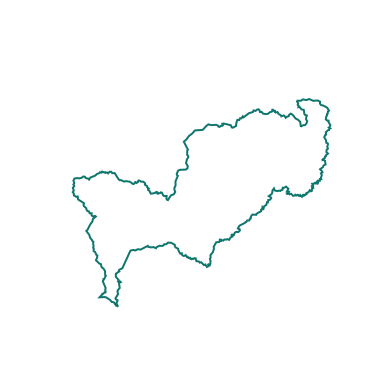 Ourilândia do Norte, Pará, Brazil (orthographic projection), rotated 204°
{"feature_id": "56859067B25768757829086", "entity_name": "Ourilândia do Norte", "entity_type": "district", "adm_level": 2, "iso_a3": "BRA", "parent_name": "Brazil", "parent_adm1": "Pará", "projection": "orthographic", "projection_center": [-51.403, -7.454], "detail": "fine", "context": "isolated", "style": "outline", "palette": "teal", "viewbox_px": 384, "rotation_deg": 204, "n_neighbors": 0, "source": "geoboundaries", "source_scale": "gbopen_adm2", "svg_char_len": 6029}
<svg xmlns="http://www.w3.org/2000/svg" viewBox="0 0 384 384"><g transform="rotate(204 192 192)"><path d="M233.6,58.2L228.9,60.6L227.2,60.8L222.9,60.1L220.6,58.9L218.6,59.5L215.2,57.4L213.7,57.3L213.5,57.7L215.8,59.7L215.9,62.8L217.9,63.0L218.7,63.8L218.0,68.8L219.1,69.9L219.9,71.8L219.0,74.9L221.7,79.2L220.4,80.7L221.6,81.1L223.2,80.4L223.3,81.8L227.1,83.6L228.3,86.3L226.2,89.8L226.8,90.0L226.8,91.4L224.6,94.0L224.4,113.5L221.8,115.3L220.0,115.5L218.2,117.7L215.5,118.5L210.5,124.8L209.8,124.1L207.0,124.7L204.7,126.0L202.0,126.0L201.9,127.2L200.9,128.5L199.6,129.8L197.2,130.6L196.2,131.9L196.2,132.9L194.3,133.8L193.3,136.0L190.5,137.1L186.3,136.8L185.7,135.6L184.3,134.7L181.6,134.5L180.9,133.4L177.9,131.0L176.3,131.8L176.0,130.7L174.0,130.1L172.8,130.7L172.2,131.8L170.2,130.5L169.6,131.1L168.5,130.3L167.1,131.1L166.5,130.4L165.2,130.4L164.9,131.2L163.7,131.2L162.9,132.5L161.7,132.9L159.9,130.6L157.5,131.3L156.2,130.6L155.1,131.6L151.5,130.1L150.5,131.0L150.3,130.5L149.4,130.6L147.9,129.6L146.4,131.5L147.7,132.3L147.5,132.7L145.9,133.1L146.8,136.2L148.4,138.2L148.3,139.7L149.5,141.8L148.5,145.3L148.8,148.8L149.9,150.8L149.4,155.9L146.8,157.4L146.8,158.4L146.0,158.8L147.2,159.7L147.1,160.1L143.7,160.3L143.1,161.8L141.2,162.5L140.4,163.4L138.6,163.4L138.3,166.1L136.9,167.8L136.9,168.3L138.2,168.4L138.4,168.9L138.1,169.4L136.2,170.0L136.4,172.1L135.4,173.6L133.4,174.2L132.6,176.4L133.4,177.4L134.3,177.1L135.3,177.5L134.9,180.6L131.1,185.3L130.9,186.3L130.2,186.7L130.0,188.5L128.1,189.3L128.2,191.4L127.6,191.8L128.2,193.6L127.7,195.9L124.1,197.3L124.3,197.9L123.6,199.3L121.1,202.4L121.7,204.0L121.0,205.2L121.4,206.6L120.2,205.9L120.1,205.1L119.8,205.3L120.3,208.2L118.9,210.4L119.3,213.2L118.4,213.4L118.4,213.8L119.1,215.7L117.7,216.5L117.1,218.5L117.8,219.2L120.2,219.5L118.4,222.5L118.5,224.7L119.1,225.8L118.6,228.6L117.0,227.1L114.4,227.5L113.0,228.7L111.7,228.9L111.2,230.2L110.3,230.7L110.8,232.8L109.8,233.0L108.3,235.2L105.2,234.1L105.5,231.4L103.5,231.7L103.4,230.5L104.9,229.4L104.3,228.9L102.6,230.0L101.9,229.6L100.9,230.7L98.0,229.6L96.3,230.9L96.4,231.5L95.0,231.3L94.4,232.4L93.4,232.5L92.9,232.0L91.8,232.0L91.3,232.3L91.5,233.1L89.6,232.4L89.5,233.6L88.9,233.8L89.2,234.7L88.5,235.1L87.9,234.7L86.5,236.7L87.1,237.3L85.4,239.5L85.1,241.6L83.5,241.1L83.0,241.7L83.7,244.1L83.1,244.6L84.2,245.2L83.6,245.8L84.7,246.4L84.0,247.1L85.5,248.4L83.5,249.6L83.4,250.2L82.8,250.1L82.2,251.8L81.5,250.5L80.7,250.6L80.6,252.3L81.3,253.6L79.8,254.3L80.5,255.7L79.1,256.3L80.0,257.4L80.3,260.3L81.8,261.5L80.8,263.0L81.6,263.8L84.3,264.9L82.5,267.9L82.6,269.7L81.2,271.5L83.2,274.6L84.6,274.8L85.7,274.2L86.0,274.6L84.5,277.3L84.8,278.2L84.2,279.2L84.7,279.8L83.4,282.4L85.5,283.1L86.2,285.5L85.4,286.8L86.9,288.5L87.2,291.1L87.9,291.7L89.3,291.6L90.7,293.8L93.5,295.9L93.5,298.3L92.8,299.0L94.1,301.0L92.8,303.9L92.0,304.4L92.2,305.7L91.7,306.3L93.2,306.5L92.7,307.5L92.8,309.3L95.5,311.3L96.3,312.7L97.2,312.2L99.3,312.8L100.1,315.7L99.8,316.9L100.4,318.0L99.9,318.7L100.6,320.9L99.9,322.0L102.8,324.0L107.0,324.4L109.4,323.9L111.1,324.8L111.7,326.6L114.5,326.7L118.3,324.6L122.8,324.6L124.9,322.5L128.4,321.7L129.6,319.7L132.8,318.3L132.8,317.3L131.1,316.3L130.9,314.6L129.5,313.9L129.3,312.8L128.4,313.5L125.6,312.0L123.3,312.5L121.0,308.9L119.9,308.4L118.2,308.6L117.9,306.0L117.2,304.7L115.6,303.6L115.3,301.0L116.1,298.9L117.4,298.4L118.8,296.5L119.4,296.4L121.7,300.1L124.6,301.1L127.3,301.3L131.1,303.3L133.6,303.8L134.6,302.2L134.5,300.6L136.0,299.3L136.6,297.9L138.6,299.2L139.5,299.1L141.2,297.5L141.7,298.1L144.8,298.6L146.4,299.8L147.9,298.6L148.8,298.8L149.2,299.9L150.7,299.5L151.5,300.1L152.1,299.8L151.4,298.3L151.8,297.9L153.4,296.4L154.5,294.2L156.4,293.1L159.1,292.5L160.9,293.5L162.4,292.7L163.6,294.2L165.0,294.6L166.3,293.4L166.9,291.9L168.9,291.6L168.9,289.8L172.1,287.1L175.2,281.2L175.5,281.0L176.4,281.7L176.9,279.3L178.1,278.9L178.1,277.0L179.9,276.3L179.5,272.6L178.6,270.3L180.9,267.3L181.9,267.2L183.8,268.8L191.0,267.4L192.0,266.7L190.9,265.4L191.1,264.9L192.1,264.6L193.3,262.7L194.4,262.5L194.7,263.1L197.2,263.2L201.6,260.9L204.4,260.5L205.8,258.2L207.4,253.2L214.4,249.4L215.6,245.4L217.5,242.1L218.5,237.7L219.9,234.6L212.9,229.0L213.2,227.9L211.5,223.9L210.4,223.5L209.5,222.3L209.9,219.8L209.2,216.0L206.3,213.8L205.8,211.8L206.6,210.1L212.3,207.2L213.4,205.7L213.3,202.3L212.8,201.5L211.5,201.0L211.4,195.0L209.6,191.1L209.8,188.5L208.7,186.5L207.3,185.2L207.8,182.3L209.6,180.8L210.1,179.3L210.7,174.8L211.9,174.8L212.7,175.6L213.6,178.1L215.9,176.9L217.2,177.4L219.2,179.1L220.2,179.1L220.7,178.0L222.7,176.5L223.4,176.6L223.3,177.6L224.3,177.7L226.5,175.2L229.0,173.7L231.5,175.8L232.9,176.0L233.4,177.0L233.0,177.6L234.7,178.0L235.3,179.1L238.0,179.5L238.4,180.9L240.6,181.6L242.9,180.7L244.2,181.1L245.6,180.7L245.5,178.9L246.5,177.6L247.6,178.2L247.9,177.9L248.2,176.0L249.1,175.3L252.8,176.1L256.4,175.2L258.4,173.9L261.7,174.0L262.7,173.4L264.3,173.8L270.3,177.8L272.6,176.8L274.0,177.6L275.5,177.0L276.2,174.9L277.2,175.3L279.1,174.8L279.0,174.3L282.5,174.0L282.5,172.9L284.1,172.7L284.3,171.6L286.2,169.7L287.0,167.7L290.7,163.9L291.1,161.5L292.1,162.0L294.7,161.5L296.0,162.4L297.7,161.9L298.5,160.2L300.5,158.6L302.1,158.2L304.9,156.5L304.9,154.1L303.1,152.1L303.4,150.6L301.9,149.5L302.6,147.4L300.6,145.3L300.9,143.4L299.4,142.6L298.5,140.9L295.7,140.5L294.6,141.4L293.0,138.9L286.1,137.8L285.7,135.8L284.9,135.1L282.1,134.2L281.0,132.8L279.8,132.1L278.3,132.4L276.9,131.0L275.0,131.7L274.7,130.5L273.9,129.7L272.6,129.4L270.8,130.7L269.9,130.5L271.5,127.1L271.0,124.4L271.8,120.8L272.1,114.9L272.7,113.4L268.3,111.0L266.5,108.8L263.7,107.4L263.4,106.8L261.8,106.4L261.5,105.0L259.7,102.1L259.6,100.8L258.8,100.4L257.8,98.0L256.1,97.8L253.8,95.7L252.7,95.6L252.0,93.5L252.0,90.6L247.5,88.9L246.0,89.1L244.0,86.6L241.7,86.0L239.3,84.4L237.4,80.6L236.7,80.4L236.9,76.2L237.4,76.2L237.1,74.1L231.8,69.1L231.5,67.3L230.3,65.7L230.2,65.1L231.1,64.9L231.5,63.2L232.5,62.5L232.3,62.0L233.6,58.2Z" fill="none" stroke="#0f766e" stroke-width="2"/></g></svg>